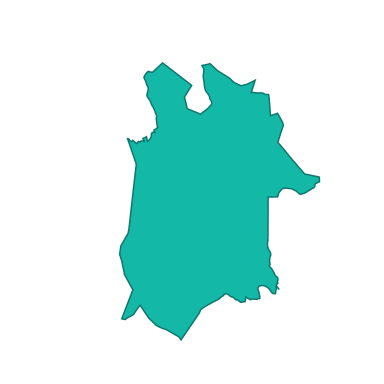 the district of El Bosque, Chiapas, Mexico, rotated 153°
{"feature_id": "50627088B31014849406077", "entity_name": "El Bosque", "entity_type": "district", "adm_level": 2, "iso_a3": "MEX", "parent_name": "Mexico", "parent_adm1": "Chiapas", "projection": "equal_earth", "projection_center": [-92.753, 17.025], "detail": "fine", "context": "isolated", "style": "filled", "palette": "teal", "viewbox_px": 384, "rotation_deg": 153, "n_neighbors": 0, "source": "geoboundaries", "source_scale": "gbopen_adm2", "svg_char_len": 5408}
<svg xmlns="http://www.w3.org/2000/svg" viewBox="0 0 384 384"><g transform="rotate(153 192 192)"><path d="M312.2,110.9L309.4,108.7L309.0,108.8L307.5,109.1L305.4,109.2L300.2,109.4L299.8,109.4L299.2,109.7L292.6,113.4L289.6,114.6L287.8,99.3L284.4,89.4L284.2,89.1L283.4,88.0L282.3,86.4L280.1,83.8L278.2,81.9L277.2,80.8L275.0,77.4L269.4,68.8L268.9,65.2L240.3,80.9L237.7,83.3L234.9,83.8L229.2,84.2L220.6,84.4L220.2,84.4L219.0,84.4L218.5,84.3L218.1,84.3L217.7,84.3L217.3,84.3L216.9,84.4L216.5,84.4L216.1,84.6L215.9,84.7L215.6,84.8L214.9,84.8L214.4,85.2L214.1,85.2L213.9,85.2L213.6,85.2L213.2,85.2L212.9,85.3L212.5,85.3L212.3,85.4L212.1,85.4L211.9,85.4L211.7,85.3L211.4,85.4L211.0,85.5L210.8,85.6L210.6,85.8L210.3,86.0L210.1,86.2L209.8,86.3L209.6,86.0L209.3,86.0L209.1,86.0L208.8,86.1L208.5,86.1L208.3,86.0L208.1,86.0L207.7,85.8L207.6,85.7L207.3,85.6L206.8,85.1L206.7,84.9L206.5,84.6L206.2,84.0L206.0,83.7L205.9,83.3L205.6,82.5L205.3,82.0L205.1,81.5L204.8,81.1L204.5,80.8L204.2,80.5L203.8,80.1L203.3,79.7L202.9,78.9L202.4,78.2L202.4,77.7L202.3,77.4L202.2,76.8L202.0,76.4L201.9,76.3L201.6,76.0L201.5,75.7L201.3,75.5L201.1,75.5L200.6,75.3L200.4,75.2L200.2,75.0L200.0,74.6L199.9,73.9L199.5,73.2L199.4,72.8L199.2,72.7L199.0,72.3L198.9,72.0L198.7,71.6L198.5,71.4L198.3,71.4L198.0,71.3L197.8,71.2L197.5,71.1L196.7,71.0L195.9,70.7L195.4,70.5L195.0,70.4L194.6,70.3L194.4,70.2L194.2,70.4L194.2,70.5L193.9,70.8L193.8,71.0L193.6,71.2L193.5,71.4L193.4,71.6L193.3,71.8L193.1,72.0L193.0,72.3L192.9,72.3L192.8,72.5L192.7,72.7L192.4,73.0L192.1,73.5L191.8,73.9L191.4,73.2L190.9,72.5L190.1,71.3L189.8,70.9L189.0,69.9L189.0,69.7L188.9,69.5L188.6,69.4L187.9,69.5L187.3,69.4L186.6,69.2L186.3,69.0L185.9,68.7L184.7,68.1L183.4,67.2L182.8,66.8L182.5,66.9L182.1,67.0L181.7,67.0L181.2,66.8L180.4,66.4L180.1,66.3L178.9,68.1L178.6,70.2L177.9,71.8L177.6,74.3L177.0,76.5L175.5,77.5L173.0,77.3L170.9,76.2L169.3,74.7L168.0,72.5L167.2,70.3L166.9,68.3L166.7,66.7L166.0,64.8L163.9,63.6L160.3,68.3L159.9,70.6L159.8,69.2L158.5,65.5L159.2,68.4L159.3,69.8L159.2,70.9L158.9,71.1L157.1,71.5L156.8,72.0L157.1,72.8L157.0,73.3L156.4,73.7L156.0,73.8L155.6,74.3L154.5,76.6L154.7,77.3L154.9,77.8L155.0,78.0L155.3,78.5L155.5,79.1L155.6,79.4L155.7,80.1L155.7,81.6L155.5,82.8L155.6,84.4L155.7,85.9L155.9,87.9L156.5,89.3L156.6,91.2L155.2,92.0L154.8,93.4L154.7,94.2L154.2,95.1L154.2,95.4L154.1,95.8L153.9,96.2L153.5,96.6L153.1,97.0L152.8,97.6L152.7,98.0L152.4,98.3L152.1,98.5L151.7,98.8L151.1,99.3L150.5,100.1L150.1,100.8L149.9,101.3L149.5,102.9L149.7,104.3L149.9,106.5L149.7,107.4L149.4,108.3L149.3,109.2L149.1,110.0L148.7,110.8L148.5,111.2L147.8,112.3L147.1,113.6L146.7,113.9L146.3,114.4L145.1,117.1L144.0,118.9L126.5,152.9L117.9,148.8L116.9,150.0L116.6,150.1L115.3,151.7L112.7,152.9L110.0,154.0L106.3,152.8L104.2,151.3L101.7,149.6L98.7,145.5L97.7,143.0L96.6,140.7L96.2,140.6L95.5,140.5L94.9,140.4L93.4,140.1L92.0,139.9L90.7,139.8L90.0,139.9L88.6,140.2L87.3,140.2L81.3,140.6L80.6,140.7L79.4,142.1L78.8,143.1L78.7,143.2L78.3,143.4L75.8,143.3L74.5,143.3L73.8,143.2L71.8,147.4L73.0,148.6L74.1,149.4L78.2,152.7L79.3,153.5L80.2,154.3L81.3,155.1L82.3,156.0L83.4,156.8L83.8,158.3L84.2,159.9L84.5,161.3L84.9,162.8L85.7,165.8L86.1,167.4L86.4,168.9L86.7,170.4L87.5,173.4L89.2,180.5L89.5,182.3L89.6,182.7L89.7,183.1L89.9,184.2L90.0,184.6L90.7,187.9L92.0,193.2L93.0,197.3L90.2,200.1L86.6,203.8L86.2,204.3L85.2,205.1L84.2,206.1L83.3,207.1L80.4,209.8L80.2,210.8L79.7,213.0L80.0,223.3L87.4,224.3L84.4,231.7L84.3,231.8L82.6,235.9L80.7,240.5L80.3,241.5L79.5,244.1L80.3,244.6L81.4,245.1L82.6,245.8L83.7,247.7L84.7,248.5L87.1,249.7L89.5,251.0L91.2,252.2L92.0,252.7L92.6,253.2L93.2,253.2L93.6,253.3L94.2,253.6L89.3,258.5L85.0,262.9L87.2,262.9L93.8,263.0L100.1,264.4L105.0,270.7L106.9,276.5L114.2,288.6L117.7,298.2L119.6,298.5L125.7,300.2L125.6,298.6L125.6,297.4L125.8,296.2L126.3,295.2L127.1,293.6L127.9,292.4L128.9,291.0L129.9,289.0L130.7,286.7L131.2,284.8L131.8,283.3L132.4,282.2L132.7,280.8L133.2,279.1L133.7,277.3L133.9,275.4L133.5,273.9L133.2,272.0L133.0,270.8L133.3,268.4L133.9,267.0L133.6,265.4L133.5,264.6L133.7,263.2L134.2,262.3L134.4,261.7L135.0,261.1L140.1,259.2L148.2,257.7L149.0,257.5L158.4,268.3L155.6,280.0L143.9,287.1L145.7,291.0L159.6,320.4L172.8,316.6L175.3,318.3L175.8,319.2L177.3,319.1L178.4,318.9L179.6,318.1L180.8,317.5L182.0,316.8L182.9,315.6L183.0,314.5L183.0,313.7L182.9,311.8L183.1,310.5L183.7,308.4L183.6,306.6L183.5,305.3L184.4,303.4L185.8,301.5L186.9,300.4L188.0,299.2L188.5,297.9L188.5,296.0L188.1,293.9L188.0,291.7L188.1,290.0L188.4,287.9L188.1,285.7L188.3,283.2L188.2,281.1L188.7,279.6L188.6,277.7L189.1,275.7L190.0,274.3L190.7,273.2L191.5,271.0L192.0,269.6L192.6,268.1L193.0,266.5L193.0,265.2L195.8,264.5L197.9,264.4L198.0,261.9L198.6,262.4L200.1,263.1L201.6,262.5L202.3,261.2L203.3,259.8L204.3,258.9L205.2,258.4L206.7,257.7L208.1,257.4L208.6,257.5L207.5,261.9L211.4,262.0L211.6,258.8L212.4,259.5L213.6,260.3L214.7,260.5L215.5,260.4L215.9,260.1L216.6,261.0L216.8,261.3L217.7,261.0L218.5,260.7L219.4,260.4L219.5,260.5L221.3,264.9L221.7,264.5L223.3,264.6L223.9,265.9L224.2,267.7L224.6,268.4L225.2,268.8L229.0,242.1L233.3,235.6L238.3,228.1L265.5,186.9L266.3,186.0L267.0,185.3L267.1,184.9L267.6,184.3L268.2,183.8L271.5,181.8L273.7,180.3L274.9,179.5L279.1,176.7L280.0,176.2L281.9,173.4L284.8,169.2L285.9,162.3L286.6,160.1L287.7,156.0L288.4,153.2L288.9,151.3L289.6,149.3L289.1,131.7L312.2,110.9Z" fill="#14b8a6" stroke="#0f766e" stroke-width="1.5"/></g></svg>